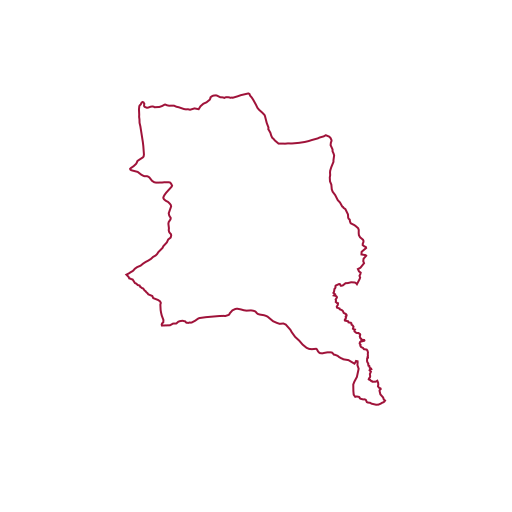 Yakoma, Équateur, Democratic Republic of the Congo, rotated 61°
{"feature_id": "63176286B72804638257173", "entity_name": "Yakoma", "entity_type": "district", "adm_level": 2, "iso_a3": "COD", "parent_name": "Democratic Republic of the Congo", "parent_adm1": "Équateur", "projection": "robinson", "projection_center": [22.422, 3.592], "detail": "fine", "context": "isolated", "style": "outline", "palette": "rose", "viewbox_px": 512, "rotation_deg": 61, "n_neighbors": 0, "source": "geoboundaries", "source_scale": "gbopen_adm2", "svg_char_len": 6114}
<svg xmlns="http://www.w3.org/2000/svg" viewBox="0 0 512 512"><g transform="rotate(61 256 256)"><path d="M397.9,222.1L396.9,220.1L396.3,219.4L397.3,218.2L398.2,218.6L400.6,220.2L404.4,220.9L410.7,226.4L413.6,230.9L415.5,233.2L421.3,236.3L424.7,237.8L427.3,237.5L427.7,236.0L429.2,234.2L429.9,234.0L430.8,234.2L431.7,233.6L433.3,231.9L434.1,230.4L435.1,229.7L437.5,229.9L438.3,229.3L439.8,227.3L441.1,226.6L444.2,223.2L445.3,221.2L445.6,218.5L445.5,217.1L445.7,215.5L445.6,214.4L445.0,213.2L443.5,213.8L441.4,213.4L437.3,214.3L433.7,213.3L433.2,212.8L432.8,211.4L432.2,211.3L430.8,212.3L429.1,212.5L427.8,211.4L425.9,210.6L423.9,210.4L424.0,212.1L422.4,215.2L421.5,215.3L420.8,216.1L419.7,216.2L419.2,216.9L418.5,217.2L417.8,216.4L417.4,215.2L416.5,214.4L414.4,213.6L412.9,211.6L411.0,212.1L410.5,211.4L410.9,210.0L410.3,209.9L408.8,210.7L407.0,210.2L406.5,210.8L405.4,210.5L404.4,209.9L403.2,210.1L401.7,209.8L399.4,208.4L399.2,207.9L399.3,207.4L398.8,207.1L398.3,207.3L397.4,206.4L396.0,205.8L394.6,204.8L392.7,204.4L391.5,204.6L389.8,206.8L388.3,207.0L386.6,208.2L385.0,208.3L384.4,207.6L383.0,207.8L382.6,207.7L381.7,206.7L381.6,206.2L382.6,202.4L382.4,202.1L381.9,202.1L380.3,204.5L379.3,204.1L378.4,204.6L376.6,204.2L375.4,203.0L374.6,202.9L373.8,203.5L373.1,203.6L372.3,205.1L371.7,205.6L369.7,206.4L368.7,205.9L368.3,205.2L367.3,206.2L366.6,206.5L365.1,205.0L363.7,205.1L362.3,205.7L361.1,205.2L360.4,205.4L358.9,207.3L357.7,207.1L355.7,209.5L355.2,209.5L354.7,209.1L354.5,208.1L354.0,207.9L353.7,207.2L352.6,207.0L352.3,205.9L351.7,205.4L351.0,205.4L350.7,205.8L350.1,205.6L348.3,206.9L346.3,206.7L344.9,207.2L343.2,208.6L342.4,208.4L340.4,210.2L339.4,209.9L338.5,208.2L337.1,207.2L336.2,208.1L335.3,208.2L334.9,208.5L333.4,207.5L332.6,207.4L331.6,205.4L330.8,205.1L329.8,205.4L328.3,207.0L327.8,205.4L325.8,206.2L325.2,205.2L322.8,203.3L322.6,202.5L322.0,201.7L320.8,201.1L320.5,200.5L320.8,196.9L321.2,196.3L323.1,196.3L323.5,195.6L323.8,194.2L323.2,190.9L324.2,188.8L325.1,185.5L327.1,182.4L328.4,181.6L329.6,181.4L326.5,176.7L325.4,175.4L323.5,175.1L322.4,173.5L321.3,172.5L319.4,173.4L316.8,173.2L316.9,170.4L314.7,165.0L312.5,164.7L310.5,163.2L309.2,159.5L308.4,159.7L305.8,163.0L304.4,162.2L303.5,161.5L302.4,155.8L301.4,155.6L300.0,156.6L298.2,157.4L296.9,156.6L296.0,155.4L295.0,154.7L293.7,154.5L290.1,155.9L287.7,155.9L285.8,155.1L283.0,153.5L281.2,153.2L277.9,154.4L276.5,155.1L273.3,157.3L271.4,157.1L269.6,156.4L268.3,156.9L267.2,156.8L264.2,155.4L258.3,155.1L256.4,156.1L255.4,156.1L254.6,156.6L249.9,156.6L246.8,157.4L241.1,157.2L236.9,157.8L234.4,157.4L230.1,155.5L226.6,155.1L223.1,153.4L221.2,151.9L218.9,150.8L217.4,149.8L214.9,147.2L211.2,142.6L209.9,141.9L205.9,138.9L204.1,138.5L201.6,138.3L199.9,137.4L195.2,137.0L193.1,135.5L191.9,134.1L191.2,133.8L188.9,133.6L187.1,134.1L184.2,136.4L184.2,138.8L183.2,143.0L183.1,144.9L181.6,151.1L181.0,154.2L179.9,158.1L177.9,163.5L175.1,169.8L172.9,173.7L172.0,175.8L168.6,181.8L164.1,183.5L162.0,183.9L160.4,184.5L157.9,184.3L155.3,183.7L152.0,183.7L151.2,183.8L149.6,182.8L144.8,182.1L137.9,180.3L136.7,180.2L133.7,181.0L129.7,182.4L127.2,182.9L123.6,182.7L118.0,182.7L115.2,182.9L113.0,183.4L111.1,183.2L110.1,183.9L108.0,191.2L107.4,194.8L106.3,199.7L105.8,200.1L105.2,201.7L104.0,202.8L102.7,205.0L102.4,205.9L102.4,207.0L101.2,208.1L99.8,210.3L96.9,212.3L96.1,213.1L95.2,215.1L94.9,216.4L95.0,218.0L95.2,218.9L96.2,219.7L96.9,220.8L97.6,224.8L97.3,228.2L98.1,231.9L99.8,235.0L97.1,238.2L96.1,242.8L94.7,244.3L93.7,246.3L92.5,247.8L88.5,251.4L86.8,253.3L84.7,254.9L82.4,259.2L81.1,260.7L79.5,262.0L79.3,262.6L79.3,265.4L78.8,268.3L76.7,272.6L75.8,273.1L75.0,274.1L74.4,275.6L73.9,278.4L73.5,279.5L71.7,281.0L71.0,281.2L70.4,281.1L69.2,280.3L68.8,279.9L67.1,279.9L66.3,280.6L66.4,281.7L67.6,283.4L67.7,284.0L68.0,284.9L68.5,285.5L70.9,287.2L75.7,289.6L77.7,290.8L80.0,291.7L83.1,293.3L86.6,294.3L101.4,299.7L105.3,301.3L112.9,304.8L114.5,306.1L114.9,307.1L115.3,312.5L115.5,313.8L116.5,314.9L117.3,316.3L118.1,319.5L118.4,322.7L118.7,323.8L119.4,324.0L120.2,323.7L121.0,323.0L125.1,318.7L129.3,316.9L131.3,315.6L132.1,314.9L133.3,312.7L134.2,311.9L135.5,311.2L139.8,310.5L142.1,309.3L143.4,307.8L146.3,302.3L147.1,300.3L149.2,296.6L150.0,295.6L151.0,295.3L152.0,295.2L153.8,295.3L154.5,296.3L157.1,303.9L158.2,306.3L159.2,307.9L160.2,308.9L161.6,309.0L162.8,308.6L164.0,308.1L166.1,306.7L168.5,306.0L170.1,305.8L171.5,306.2L176.3,311.6L178.2,312.2L179.6,312.3L181.1,312.1L182.1,312.6L182.7,313.4L184.0,315.9L185.3,317.0L189.5,318.7L191.1,319.8L192.8,320.3L194.2,320.2L195.7,319.8L196.9,320.2L198.5,321.7L199.0,324.8L200.9,327.4L202.5,332.3L203.6,333.8L205.2,339.4L206.4,341.7L206.9,343.6L206.9,346.5L207.6,349.2L207.8,352.4L207.7,355.3L207.9,358.3L208.5,361.6L208.1,365.3L208.4,368.1L209.3,370.6L209.4,372.0L209.4,373.7L209.6,375.3L209.5,378.4L212.4,377.6L214.2,377.7L215.0,376.7L215.7,376.4L216.7,375.3L221.0,375.0L222.1,374.1L224.1,373.5L225.4,372.1L227.0,372.2L227.4,371.8L228.6,371.4L229.8,370.4L232.1,370.2L233.3,369.6L234.5,369.5L236.0,368.9L237.3,368.8L240.7,366.1L243.0,366.3L247.1,362.9L249.2,361.9L250.9,362.0L252.1,363.2L257.0,365.6L259.5,366.5L262.4,367.3L267.1,368.0L269.1,369.3L269.4,370.8L270.2,371.7L271.2,372.0L274.9,364.8L274.9,361.3L276.4,358.4L275.8,355.8L276.1,354.1L277.0,351.7L278.9,349.6L280.2,349.4L280.7,349.1L281.8,347.4L282.0,346.2L282.6,345.5L283.0,344.5L283.1,340.6L282.7,337.1L282.8,335.7L285.2,329.5L290.7,317.2L292.7,313.3L293.6,312.0L294.3,308.4L294.0,307.5L293.4,306.7L292.1,303.0L292.3,299.9L292.9,298.1L295.4,295.1L297.5,293.0L299.2,290.8L301.1,286.8L302.4,285.1L303.7,283.8L304.7,283.3L306.4,283.0L307.7,282.4L309.1,281.0L311.6,277.8L313.1,276.4L314.6,275.3L321.3,272.7L324.6,270.2L326.8,268.2L328.3,264.8L330.4,263.2L337.2,261.7L339.9,261.7L345.7,261.0L351.1,259.2L356.0,258.2L360.8,256.3L363.0,254.6L364.6,252.3L366.3,248.4L367.1,248.0L369.4,248.0L370.9,247.7L372.0,247.1L373.3,245.2L373.9,243.1L374.9,240.2L376.6,237.2L377.4,236.3L380.2,235.6L380.7,234.8L382.9,233.0L384.7,232.3L387.0,230.9L388.0,230.0L388.6,229.8L391.9,225.6L397.9,222.1Z" fill="none" stroke="#9f1239" stroke-width="2"/></g></svg>